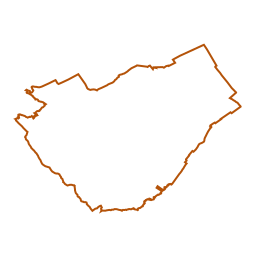 outline of Candesti, Neamt, Romania
{"feature_id": "2599482B29672105595904", "entity_name": "Candesti", "entity_type": "district", "adm_level": 2, "iso_a3": "ROU", "parent_name": "Romania", "parent_adm1": "Neamt", "projection": "equal_earth", "projection_center": [26.554, 46.712], "detail": "fine", "context": "isolated", "style": "outline", "palette": "amber", "viewbox_px": 256, "rotation_deg": 0, "n_neighbors": 0, "source": "geoboundaries", "source_scale": "gbopen_adm2", "svg_char_len": 5716}
<svg xmlns="http://www.w3.org/2000/svg" viewBox="0 0 256 256"><path d="M92.4,210.8L95.3,208.7L97.1,208.3L98.4,206.9L100.1,205.9L100.9,205.7L101.8,207.5L101.1,208.3L101.2,208.9L101.2,209.7L101.7,210.1L101.2,211.2L102.4,210.5L103.9,210.7L105.5,210.7L106.4,210.4L109.3,209.9L110.8,210.2L111.2,210.1L111.4,209.8L111.8,209.7L113.5,209.7L114.4,209.1L115.4,209.1L116.8,209.2L119.1,209.9L120.9,210.1L121.1,210.4L121.6,210.6L121.6,210.4L122.2,210.3L122.9,209.9L124.5,210.0L125.6,209.7L126.5,210.0L127.2,209.5L128.5,209.3L129.0,209.0L131.1,209.3L132.2,208.8L133.2,208.7L133.1,208.4L133.5,208.2L133.9,208.4L134.1,208.6L134.1,209.1L134.5,209.3L137.2,209.8L137.7,210.1L137.9,209.9L137.7,209.4L138.1,208.5L139.3,208.0L140.3,207.9L141.5,206.8L142.5,206.4L142.3,206.1L143.3,205.0L143.4,204.5L144.0,204.1L144.0,203.9L144.7,203.4L144.6,203.1L144.3,202.7L144.6,202.1L144.2,201.8L144.2,201.5L144.5,201.1L144.9,201.1L145.0,200.8L145.7,200.7L145.9,200.0L146.4,199.9L146.7,199.6L147.4,199.2L147.6,199.2L147.7,199.5L148.5,199.5L148.9,199.2L149.3,198.6L149.9,198.8L149.8,199.0L150.3,199.6L150.1,199.9L150.4,200.0L150.7,199.8L150.5,199.5L150.5,199.4L151.1,199.5L151.2,199.9L151.5,200.0L151.9,199.6L152.6,199.7L153.8,199.3L154.0,198.5L153.8,197.8L154.2,197.7L153.8,197.4L153.8,197.1L155.3,196.7L156.6,195.5L157.6,195.0L158.2,194.9L158.3,194.6L158.7,194.7L159.3,194.5L160.2,193.8L161.1,193.5L161.2,193.3L161.2,193.1L160.7,193.1L160.6,192.8L160.7,192.5L162.2,190.9L159.9,189.9L156.6,187.8L157.6,186.2L161.5,189.0L163.4,190.0L163.6,189.6L164.3,189.7L164.5,189.5L164.4,189.3L164.4,189.2L164.9,189.1L165.1,188.8L165.3,188.4L165.2,188.2L164.5,187.6L164.4,187.3L165.0,187.0L166.1,187.2L166.6,187.1L167.3,185.4L167.7,185.2L168.1,185.4L168.2,185.1L168.5,185.0L168.3,184.5L168.5,184.3L170.2,183.9L170.6,184.0L171.2,184.6L171.4,184.6L171.5,184.5L171.6,184.0L172.0,184.0L172.3,183.7L179.5,173.7L180.0,173.2L181.6,171.1L182.6,169.3L183.3,168.6L183.9,167.4L185.8,164.4L186.6,163.5L185.0,162.2L186.6,160.6L186.6,160.4L186.0,159.6L186.0,159.3L189.0,155.7L188.8,155.5L188.9,155.2L192.4,151.0L193.5,151.7L195.8,149.5L197.5,147.1L198.4,145.3L199.4,143.9L202.1,142.8L203.9,141.7L204.3,140.8L204.5,139.0L204.9,137.8L206.0,135.7L206.7,134.2L208.1,131.5L210.4,128.0L210.5,128.1L211.1,127.4L210.3,126.8L211.0,126.2L210.3,125.6L210.4,125.4L213.0,123.6L214.8,122.6L215.4,123.2L221.1,119.2L220.8,118.9L230.5,112.3L231.6,113.2L240.6,106.7L240.6,106.4L240.1,105.8L239.3,105.0L237.5,102.7L236.2,102.1L234.9,101.0L233.4,100.2L232.1,99.2L231.1,98.8L229.9,98.1L236.1,92.6L236.1,92.4L235.6,92.0L234.3,90.6L231.7,88.0L227.5,82.4L221.8,75.4L220.1,72.9L217.6,70.0L215.2,66.9L215.5,66.4L216.5,65.7L206.9,49.3L203.9,44.8L203.4,45.0L179.9,55.8L172.9,59.6L175.1,62.8L168.7,66.0L168.4,65.6L166.2,66.1L163.9,67.7L162.7,67.1L154.7,67.3L155.2,67.8L153.5,67.5L152.9,69.2L149.9,65.6L148.8,66.0L147.6,67.0L146.9,66.7L137.0,65.4L136.5,65.8L131.5,68.2L128.3,70.6L128.1,70.9L127.1,71.7L124.3,73.5L123.0,73.8L122.3,74.2L119.8,74.8L118.7,75.5L118.6,75.8L118.9,76.8L117.3,77.8L116.3,79.2L115.1,79.9L114.2,81.3L112.6,82.6L108.8,84.1L107.9,84.6L107.2,85.2L101.7,87.8L98.6,89.1L97.5,89.8L97.0,90.4L95.1,89.6L93.5,89.4L91.6,89.6L90.6,89.9L89.7,89.7L87.9,88.9L87.1,88.0L86.9,87.4L85.3,84.1L78.3,74.2L68.4,79.5L62.0,82.5L58.6,84.0L57.4,83.2L55.7,80.3L55.5,80.1L48.6,83.5L41.8,86.6L40.2,87.1L39.3,87.3L37.9,87.2L36.6,86.9L34.8,86.8L32.9,86.4L32.1,86.6L31.7,86.9L31.6,87.2L32.0,87.9L32.2,88.8L33.2,90.2L33.3,90.5L32.1,92.3L31.2,92.7L29.9,92.2L30.0,91.8L29.8,91.0L28.0,90.5L26.6,89.7L25.9,90.2L25.8,90.3L27.6,90.9L27.3,91.8L26.7,92.7L26.9,92.9L27.2,93.1L27.7,93.1L28.6,93.3L29.2,93.8L31.7,95.2L32.2,95.8L32.7,95.9L33.0,96.7L34.0,97.5L34.4,98.2L35.0,98.4L35.4,99.5L35.8,99.5L36.3,99.2L37.5,99.5L37.9,99.8L38.5,101.1L39.8,101.4L40.5,101.7L41.7,101.8L42.2,102.1L42.9,102.2L44.4,103.2L44.2,103.7L44.6,103.8L44.9,104.1L45.3,103.9L45.8,104.2L44.8,105.0L44.6,105.8L44.0,106.2L43.4,106.9L43.1,107.2L41.9,107.6L40.4,109.7L39.9,109.9L39.5,110.3L39.6,110.7L39.4,110.9L38.7,111.2L37.8,111.0L37.0,111.2L34.9,113.1L34.5,113.2L35.1,113.9L36.7,114.1L36.9,114.4L36.3,115.0L37.0,115.4L36.8,115.5L36.2,115.3L36.0,115.7L35.6,115.6L35.4,115.9L35.1,115.8L34.8,115.9L34.8,116.4L34.5,116.7L34.8,116.7L34.4,117.2L33.8,118.2L33.4,118.5L33.2,118.2L33.1,117.8L34.1,116.9L34.1,116.7L33.5,116.5L33.0,116.8L32.5,116.8L31.8,116.0L30.7,116.9L29.8,117.0L29.5,116.8L27.7,117.6L27.5,117.4L26.1,117.0L25.2,116.2L24.0,115.7L23.4,115.6L22.4,115.1L21.6,115.1L20.5,114.5L19.7,114.8L19.3,114.4L18.4,114.7L18.3,114.9L18.8,115.4L18.4,116.1L18.7,116.6L18.3,116.9L19.0,117.3L19.1,117.8L18.2,118.5L17.8,118.2L17.3,118.2L15.4,119.0L15.9,119.3L16.1,120.2L16.0,120.5L16.6,121.0L18.6,123.2L22.0,126.3L23.4,128.0L26.9,131.5L27.5,131.9L26.5,135.1L25.3,136.5L25.1,137.1L25.7,137.9L25.9,139.2L26.2,139.6L27.6,140.8L28.4,142.3L28.7,143.7L29.5,145.0L30.5,146.3L31.2,147.5L31.3,148.0L32.3,148.9L33.0,149.7L33.9,150.4L35.5,152.5L36.6,153.5L37.1,154.5L37.9,155.5L38.6,157.3L39.8,159.3L40.4,160.0L41.1,161.8L42.1,163.8L43.2,164.8L45.3,166.2L49.5,167.5L51.0,170.0L52.2,171.5L55.0,173.2L56.2,173.5L57.7,173.5L58.6,173.9L59.4,174.4L59.5,174.7L59.8,175.1L60.0,175.7L60.7,176.5L60.9,176.7L61.1,177.9L62.4,178.9L62.5,179.6L62.8,180.0L63.2,181.5L63.5,182.0L63.4,182.2L63.7,182.3L65.0,184.0L67.1,185.3L67.5,185.5L69.8,184.8L71.8,184.8L72.8,185.2L74.2,185.3L74.3,185.5L74.2,185.6L74.3,185.9L74.7,186.0L74.6,186.6L75.0,189.5L75.0,190.3L75.5,192.1L75.9,193.2L77.5,194.9L77.6,196.3L78.0,196.7L79.1,197.1L79.4,197.7L80.2,198.5L80.5,198.9L80.8,199.8L80.9,200.5L81.3,201.2L82.7,201.7L83.2,201.7L83.8,202.1L84.4,202.2L85.3,202.1L86.5,202.5L86.9,203.8L86.8,204.2L87.0,204.5L87.4,204.7L88.3,205.8L89.6,206.8L90.6,208.6L92.4,210.8Z" fill="none" stroke="#b45309" stroke-width="2"/></svg>